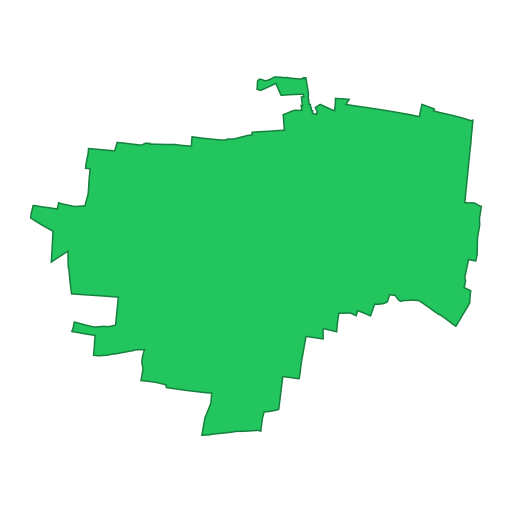 Buctzotz, Yucatán, Mexico
{"feature_id": "50627088B3254023966858", "entity_name": "Buctzotz", "entity_type": "district", "adm_level": 2, "iso_a3": "MEX", "parent_name": "Mexico", "parent_adm1": "Yucatán", "projection": "robinson", "projection_center": [-88.667, 21.212], "detail": "fine", "context": "isolated", "style": "filled", "palette": "green", "viewbox_px": 512, "rotation_deg": 0, "n_neighbors": 0, "source": "geoboundaries", "source_scale": "gbopen_adm2", "svg_char_len": 5873}
<svg xmlns="http://www.w3.org/2000/svg" viewBox="0 0 512 512"><path d="M472.9,120.2L471.9,120.5L470.9,120.7L463.9,118.4L458.2,116.9L453.7,115.7L450.3,114.9L445.1,113.7L443.7,113.4L441.2,112.9L438.5,112.2L433.3,110.8L434.1,109.6L434.3,108.9L421.9,104.4L421.3,107.6L420.7,110.0L420.2,112.4L419.7,114.7L419.7,116.0L419.5,116.3L419.3,116.6L415.7,115.9L408.2,114.3L400.4,113.0L396.5,112.3L394.7,112.0L393.9,111.8L377.8,109.2L376.1,109.0L368.9,107.9L368.6,107.8L368.3,107.8L367.1,107.6L366.8,107.4L366.3,107.5L364.1,107.2L345.9,104.5L349.2,99.4L345.6,99.1L342.7,98.8L340.5,98.8L335.5,98.4L335.3,103.6L334.6,110.8L333.9,110.6L332.7,110.1L320.1,104.4L315.3,107.6L317.0,111.3L316.7,114.4L312.4,113.3L312.7,110.8L311.5,110.5L311.4,110.0L311.4,109.0L311.3,108.0L310.4,106.3L310.4,104.5L309.8,104.4L309.1,104.4L309.0,104.0L309.0,102.2L308.6,99.3L308.2,97.9L308.4,96.1L308.4,93.0L305.9,77.8L303.6,77.7L303.2,77.9L303.5,78.4L302.9,78.3L301.5,78.9L299.2,79.0L298.1,78.9L294.3,78.5L292.1,78.3L288.6,77.9L287.7,77.4L285.7,77.7L282.9,77.5L279.9,77.2L276.4,77.0L275.5,77.0L275.1,76.8L269.8,79.4L268.4,80.0L267.7,80.3L266.6,80.6L265.9,80.8L265.1,80.7L263.6,80.3L262.9,80.0L262.3,79.8L261.0,79.3L260.2,79.2L259.2,79.4L258.4,80.0L257.6,80.9L257.2,87.3L257.0,89.2L260.1,90.3L260.6,90.4L262.7,89.5L265.0,88.5L267.7,87.2L269.3,86.5L275.9,83.4L275.9,83.5L278.6,89.7L279.8,92.5L281.1,95.3L285.2,95.0L288.8,94.8L289.6,94.7L293.3,94.5L294.9,94.5L298.8,94.3L302.7,94.2L303.1,94.2L303.8,96.8L301.4,97.0L301.9,101.6L302.5,105.7L301.1,105.5L301.6,108.0L301.8,110.3L299.5,110.3L299.3,110.5L295.7,110.2L294.7,110.3L291.6,111.2L288.7,112.5L285.6,113.8L283.2,114.6L283.7,121.1L283.8,122.6L284.0,125.3L284.4,130.3L283.9,130.2L274.5,130.8L272.6,131.0L262.1,131.6L260.9,131.6L252.0,132.3L252.2,134.9L247.8,135.4L246.0,135.9L238.0,137.9L234.2,138.9L230.4,139.1L229.0,139.1L227.4,139.0L226.9,139.5L223.8,140.2L214.5,139.4L209.5,138.9L203.6,138.3L192.1,136.8L191.8,139.6L191.4,146.2L186.6,145.8L180.7,145.3L176.0,144.6L174.9,144.5L169.4,144.5L164.0,144.4L149.8,144.1L149.9,143.4L147.5,143.3L146.1,143.1L144.6,143.6L141.8,145.1L141.4,145.1L138.5,144.8L135.6,144.5L129.3,143.8L124.4,143.2L124.2,143.1L118.1,142.5L117.2,142.4L114.6,150.9L92.0,148.8L88.5,148.5L88.5,149.0L88.1,153.6L86.8,159.9L86.3,162.6L85.9,164.9L85.6,168.3L90.1,168.8L89.6,174.4L89.1,179.3L88.7,186.8L88.4,190.2L88.1,194.2L85.3,204.3L85.1,205.8L79.7,206.2L74.6,206.5L68.2,205.2L65.5,204.6L61.4,203.7L58.6,202.7L58.0,205.5L57.3,209.0L51.6,208.1L44.5,207.2L33.2,205.4L32.2,209.4L31.7,211.4L31.2,213.8L30.7,218.0L36.5,221.7L41.0,224.5L49.0,229.0L52.2,230.8L53.0,230.9L52.5,241.3L52.3,244.0L52.2,246.6L51.9,252.4L51.3,262.1L56.6,258.5L66.9,251.8L68.0,251.2L68.0,256.4L68.1,260.1L68.1,260.9L68.2,266.3L68.3,267.3L68.9,269.0L69.8,279.5L69.8,280.0L70.7,287.2L71.6,293.9L90.0,295.1L95.9,295.5L107.7,296.3L110.9,296.6L113.9,296.8L118.3,297.1L117.7,303.8L117.0,310.3L116.4,316.7L115.6,324.6L115.2,325.4L113.6,325.6L110.0,326.4L107.4,326.6L106.4,326.6L105.9,326.6L103.8,326.3L100.5,326.6L97.9,326.9L97.2,326.9L95.9,327.0L95.1,327.0L94.2,327.0L93.5,326.9L92.6,326.6L91.8,326.5L91.1,326.4L89.8,326.1L89.1,325.9L88.8,325.9L88.0,325.6L86.6,325.3L86.0,325.2L84.8,324.8L84.1,324.6L80.5,323.7L80.0,323.5L79.4,323.4L79.0,323.2L78.5,323.1L77.5,322.9L76.0,322.5L75.3,322.3L74.2,322.0L74.0,323.3L73.8,324.8L73.6,325.7L73.2,327.5L73.0,328.2L72.8,328.9L72.6,329.4L72.2,330.3L71.9,331.5L72.3,331.6L73.4,331.8L75.2,332.0L75.8,332.1L76.7,332.3L77.8,332.6L78.5,332.6L79.1,332.7L79.8,332.8L80.3,333.0L81.7,333.3L82.3,333.4L85.2,333.8L86.3,334.1L88.4,334.4L89.7,334.6L90.4,334.7L91.2,334.8L92.4,335.0L93.6,335.2L95.1,335.4L95.0,336.1L95.0,337.4L94.7,339.8L94.4,344.9L94.4,345.9L94.2,347.6L94.0,350.5L93.9,351.5L93.5,355.2L96.8,355.6L98.7,355.8L102.5,355.5L103.8,355.4L105.1,355.4L106.7,355.2L108.8,354.9L113.1,354.0L115.5,353.9L119.7,353.1L125.5,352.0L130.5,351.0L132.5,350.8L135.6,349.8L139.7,349.7L144.5,349.7L143.6,352.4L142.4,356.9L141.8,361.8L141.9,362.8L142.9,368.0L142.8,370.4L141.0,380.6L148.1,381.3L151.7,381.8L154.4,382.1L155.4,382.3L159.1,383.1L163.7,384.2L166.3,385.1L166.2,387.5L177.6,389.2L188.5,390.7L194.8,391.4L200.5,392.1L208.1,392.9L211.7,393.0L210.9,402.8L210.3,404.7L204.9,418.0L202.0,434.5L201.8,435.2L209.2,434.9L213.1,434.1L219.0,433.5L224.1,433.0L231.9,432.1L236.1,431.4L237.2,431.3L239.8,431.4L248.8,431.0L251.3,430.8L256.1,430.5L258.3,430.4L260.8,431.2L261.0,429.1L262.4,418.6L264.1,412.0L269.0,411.5L275.8,410.2L278.7,409.4L280.2,397.4L280.9,391.8L282.1,382.4L282.7,376.8L282.9,376.5L298.5,378.7L299.2,378.6L300.1,372.7L301.1,364.0L306.0,336.4L323.1,338.9L323.2,334.9L323.0,332.7L323.1,331.2L323.3,328.6L327.2,329.5L336.7,331.8L337.2,325.1L337.9,319.2L338.9,313.3L350.4,313.0L356.2,315.7L357.6,310.7L362.6,312.5L366.8,314.3L370.5,315.9L371.8,312.3L374.6,304.2L377.8,304.3L383.8,303.6L387.4,301.8L389.6,294.8L395.3,295.4L397.4,298.5L398.5,299.8L399.2,300.5L399.9,300.9L400.8,301.3L401.3,301.3L403.5,300.5L404.1,300.4L404.6,300.6L412.7,300.1L418.8,300.6L419.5,300.9L429.6,307.9L434.2,311.3L438.6,314.3L440.2,315.0L441.3,315.5L442.4,316.4L445.0,318.2L452.4,323.9L455.9,326.3L463.1,314.1L465.0,311.0L467.1,307.6L467.2,307.4L469.7,302.9L469.8,302.5L469.9,298.8L470.4,292.9L470.8,290.8L464.2,287.6L465.6,280.7L464.7,277.8L468.6,259.5L475.7,261.0L477.1,254.8L477.5,237.6L478.1,234.7L478.4,232.7L478.4,232.2L478.6,231.5L478.9,230.0L479.1,228.8L479.4,227.0L479.5,226.1L479.7,225.1L479.7,224.4L479.6,221.8L479.5,220.2L479.5,218.7L479.4,218.3L479.6,217.5L479.7,216.6L480.0,215.4L480.2,213.9L480.4,212.6L480.6,211.0L481.0,208.5L481.2,206.9L481.3,206.4L480.1,206.0L478.9,205.6L477.8,204.8L477.3,204.5L476.5,204.1L475.6,203.6L475.3,203.4L474.0,202.9L471.3,202.8L470.1,202.8L469.5,202.9L467.0,202.8L466.7,202.8L466.0,202.7L465.0,202.5L464.8,202.5L468.9,161.4L469.7,153.2L470.9,142.5L471.3,137.1L472.9,120.2Z" fill="#22c55e" stroke="#15803d" stroke-width="1.5"/></svg>